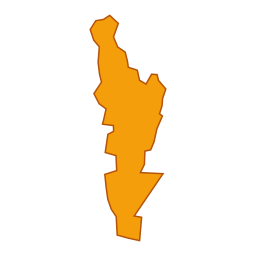 outline of Uchkuprik, Ferghana, Uzbekistan
{"feature_id": "79887680B70026965799334", "entity_name": "Uchkuprik", "entity_type": "district", "adm_level": 2, "iso_a3": "UZB", "parent_name": "Uzbekistan", "parent_adm1": "Ferghana", "projection": "robinson", "projection_center": [71.019, 40.509], "detail": "fine", "context": "isolated", "style": "filled", "palette": "amber", "viewbox_px": 256, "rotation_deg": 0, "n_neighbors": 0, "source": "geoboundaries", "source_scale": "gbopen_adm2", "svg_char_len": 760}
<svg xmlns="http://www.w3.org/2000/svg" viewBox="0 0 256 256"><path d="M162.4,116.0L159.5,113.8L162.0,106.0L162.6,98.5L165.8,89.0L158.5,80.4L157.1,74.6L151.6,74.2L146.0,84.1L139.5,80.2L137.3,70.2L128.3,67.3L127.5,61.5L125.2,52.1L117.7,47.0L113.5,36.9L118.3,23.4L109.7,15.4L103.3,19.5L95.8,20.7L90.2,29.5L93.7,40.1L99.3,46.8L98.1,62.3L99.6,74.5L101.5,82.1L93.9,93.6L99.2,103.8L106.1,108.9L103.4,120.8L102.5,124.2L113.4,125.5L113.6,131.3L107.9,134.3L105.2,152.5L116.0,155.6L116.7,170.6L104.8,174.4L106.2,187.7L107.8,199.3L111.3,209.3L116.2,216.6L117.2,235.1L128.6,238.2L139.6,240.6L141.6,217.3L134.2,216.0L163.0,173.7L140.4,172.6L144.4,164.4L144.9,151.1L150.7,149.9L154.1,141.6L156.8,129.0L162.4,116.0Z" fill="#f59e0b" stroke="#b45309" stroke-width="1.5"/></svg>